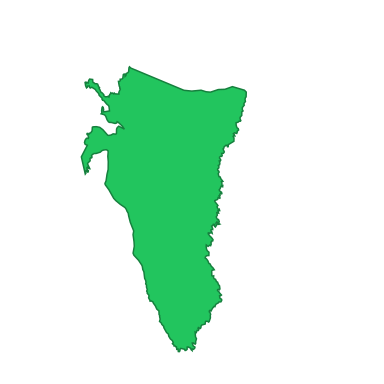 Bomet East, Rift Valley, Kenya, rotated 336°
{"feature_id": "3690345B81361718006434", "entity_name": "Bomet East", "entity_type": "district", "adm_level": 2, "iso_a3": "KEN", "parent_name": "Kenya", "parent_adm1": "Rift Valley", "projection": "equal_earth", "projection_center": [35.412, -0.848], "detail": "fine", "context": "isolated", "style": "filled", "palette": "green", "viewbox_px": 384, "rotation_deg": 336, "n_neighbors": 0, "source": "geoboundaries", "source_scale": "gbopen_adm2", "svg_char_len": 5998}
<svg xmlns="http://www.w3.org/2000/svg" viewBox="0 0 384 384"><g transform="rotate(336 192 192)"><path d="M101.8,132.2L102.7,131.7L103.5,129.5L104.4,129.4L104.7,131.3L105.4,131.4L106.0,130.3L105.3,129.5L105.8,127.1L106.6,126.8L107.4,128.7L108.1,129.1L108.0,123.8L108.8,123.1L111.6,122.1L112.4,120.0L113.3,119.5L114.1,120.0L114.9,119.4L114.9,118.0L116.1,117.3L118.1,117.0L120.1,117.8L124.4,118.3L126.5,117.6L128.3,117.7L130.9,118.5L132.0,120.0L131.7,121.3L129.6,125.2L127.8,130.3L124.5,137.4L121.6,141.2L118.0,146.9L116.0,148.7L115.7,150.0L117.0,156.2L117.9,166.0L118.9,168.9L121.4,174.0L124.5,179.0L124.9,181.2L124.8,183.0L125.1,185.4L124.4,188.1L123.3,194.6L122.9,203.9L120.8,207.0L118.8,213.9L117.2,218.1L113.3,223.9L113.2,226.1L115.4,232.6L116.4,238.5L116.3,239.9L115.5,242.8L115.6,245.3L113.6,251.7L113.7,253.8L113.3,255.7L112.3,257.1L112.6,258.4L111.7,260.5L111.5,262.8L110.3,264.1L110.4,265.2L109.9,266.4L110.6,268.5L110.4,269.5L109.3,271.0L109.5,273.7L109.3,274.7L110.4,274.9L111.6,276.5L111.5,277.9L112.2,281.1L112.2,284.6L113.4,287.2L112.1,290.5L112.2,291.8L111.7,292.7L111.2,295.2L109.7,297.0L110.7,299.3L110.6,300.7L111.5,303.2L111.1,304.6L111.6,310.1L112.6,312.0L112.1,314.4L112.5,317.5L113.6,319.7L113.6,322.0L112.4,322.6L113.2,324.4L113.0,325.4L113.8,325.6L114.1,326.7L114.8,327.1L114.1,329.5L115.3,329.7L114.6,332.2L115.6,332.7L116.4,332.1L117.0,330.9L118.1,330.3L121.2,332.6L121.2,333.9L121.9,334.2L123.5,333.8L124.5,331.7L125.4,331.9L127.3,334.3L127.0,335.6L127.6,336.8L127.9,335.8L128.7,335.6L129.4,336.4L131.2,335.6L131.6,334.8L130.5,333.2L130.8,330.1L131.8,330.4L133.0,332.3L133.7,331.9L134.6,330.0L136.4,327.9L136.3,325.7L137.9,321.2L138.7,322.2L140.3,320.5L141.4,321.1L142.3,320.5L142.0,319.1L142.7,318.4L144.0,320.0L144.8,319.7L145.9,318.0L146.9,317.5L150.3,318.0L151.4,316.1L152.1,315.7L153.7,316.6L154.3,317.6L155.0,317.3L157.6,314.5L158.6,312.0L159.3,311.3L159.4,309.6L159.0,308.5L159.8,307.4L160.5,307.5L160.9,308.5L163.4,306.6L165.6,305.5L166.3,306.1L167.8,304.5L168.6,304.2L171.1,304.0L171.9,303.4L173.7,304.1L175.0,303.2L175.4,302.1L174.3,300.2L174.6,299.1L175.0,298.0L176.0,298.4L177.0,298.1L176.2,295.8L176.0,294.0L175.2,292.4L175.7,291.6L176.7,291.7L177.3,292.5L178.1,291.9L179.0,288.9L178.5,287.3L178.7,284.7L177.9,283.9L178.0,281.3L177.0,280.4L176.8,279.2L177.7,277.4L176.8,277.3L176.1,276.5L177.9,272.1L178.6,271.7L180.7,272.1L180.3,269.8L179.4,267.6L179.2,264.9L178.4,264.2L178.5,261.3L178.0,258.9L177.2,257.8L177.5,257.0L179.3,256.1L181.6,256.9L183.0,253.9L182.1,252.0L182.0,250.2L182.8,247.4L183.5,246.2L184.5,248.2L186.6,247.8L187.2,248.6L188.3,247.5L188.9,245.5L189.6,245.5L190.1,244.8L191.1,245.1L191.8,244.1L191.2,241.1L190.7,240.5L189.8,236.8L190.2,236.0L190.9,236.1L191.4,236.9L193.0,236.9L193.6,237.9L193.9,236.6L193.5,235.4L194.0,234.3L194.7,234.2L195.6,234.8L196.0,234.1L196.0,231.1L197.3,231.2L198.2,230.2L199.1,230.6L198.7,232.7L199.1,233.5L201.4,232.0L201.0,231.3L201.2,230.2L202.6,229.4L202.9,230.5L202.4,231.8L203.3,232.5L204.3,232.6L203.6,231.6L204.9,230.0L205.0,227.9L204.2,227.7L203.9,225.6L204.1,224.5L205.7,223.5L206.3,221.0L207.7,222.1L208.0,219.8L209.7,220.3L209.9,218.7L209.0,218.8L208.8,216.8L209.0,215.5L210.2,214.9L209.0,210.0L209.3,209.1L212.3,209.2L213.7,207.7L214.3,208.6L214.9,209.0L215.4,208.1L215.2,206.5L216.2,206.6L216.4,205.4L217.2,205.1L217.9,205.5L218.1,204.6L218.7,205.2L218.9,204.3L217.6,202.0L217.8,201.0L218.8,200.6L220.8,198.6L222.1,199.7L222.8,198.5L222.0,198.2L223.0,195.8L223.1,194.5L224.5,194.8L223.7,191.4L223.9,189.8L222.9,188.9L223.4,185.9L224.9,184.8L224.9,183.6L224.4,183.0L224.5,182.0L224.9,181.3L226.3,180.9L226.9,179.8L226.9,178.4L228.2,178.4L229.0,177.4L229.2,176.3L229.9,175.7L229.5,174.8L231.0,174.8L231.4,173.8L230.9,172.4L231.3,171.4L232.8,171.0L233.6,171.6L234.4,171.0L234.8,168.8L236.4,169.4L237.2,169.0L237.8,168.5L237.9,165.3L238.9,164.9L239.6,163.9L241.9,163.1L242.8,163.5L242.8,165.1L243.5,165.3L244.4,163.5L250.9,162.7L252.3,159.8L252.2,157.9L252.9,157.5L253.9,158.2L254.0,157.0L253.5,155.6L254.8,155.2L256.7,156.7L257.6,155.8L258.0,154.9L259.8,154.3L260.0,152.8L259.3,151.8L259.3,150.3L259.7,148.4L260.5,146.6L262.3,147.0L263.9,146.5L264.9,147.0L265.6,146.7L265.7,144.7L266.0,143.8L266.6,143.2L268.6,142.3L270.1,139.0L271.6,138.7L271.5,137.0L272.4,135.3L275.1,133.9L275.1,132.7L275.8,132.0L277.6,131.1L278.1,129.0L279.0,127.7L280.1,127.1L282.2,122.8L281.3,120.3L271.8,112.2L263.9,111.6L257.7,109.1L249.5,108.3L245.7,106.2L241.7,102.7L232.8,99.7L226.0,95.8L186.6,54.0L185.8,52.2L185.0,52.8L183.1,56.2L182.1,56.9L180.0,57.0L179.5,58.2L178.7,58.9L177.9,59.2L178.6,57.2L178.0,56.6L177.0,56.8L175.0,60.0L173.9,60.3L172.2,59.8L171.9,61.0L170.9,61.4L169.8,61.0L168.6,65.7L168.7,66.8L168.2,67.9L168.4,68.8L165.8,71.1L165.0,72.8L161.5,71.0L161.2,70.0L160.2,70.4L159.7,69.3L158.8,69.3L158.2,68.3L157.4,69.2L156.6,69.4L154.7,71.4L154.4,70.4L153.4,70.5L151.6,69.8L150.5,68.1L151.0,67.2L150.3,65.1L149.3,63.4L149.5,60.9L149.2,59.8L150.0,59.0L149.5,57.8L149.7,55.2L149.1,54.4L147.3,53.5L146.9,52.4L146.2,51.7L146.3,50.7L147.0,48.8L144.4,47.2L143.1,48.0L141.5,50.2L140.9,49.4L139.8,49.7L139.8,48.4L138.9,48.4L138.0,51.7L138.0,54.0L139.1,53.7L139.7,52.8L141.3,53.4L141.0,54.4L141.3,55.6L143.1,55.6L145.4,59.0L145.6,60.6L146.8,64.1L146.5,66.0L148.0,69.7L147.5,70.7L147.7,71.9L148.6,72.4L149.8,76.9L150.9,79.1L150.9,80.3L149.6,84.4L144.0,82.9L144.0,81.9L144.7,81.0L145.3,78.7L145.0,77.8L144.3,78.1L142.4,81.1L141.9,83.0L140.8,83.6L143.5,85.9L144.0,87.7L143.8,91.5L144.2,93.8L144.8,94.8L146.5,95.6L149.6,98.1L151.3,98.3L152.2,97.3L153.0,98.4L155.1,103.4L155.8,107.1L151.9,102.1L150.0,102.7L148.7,103.8L146.7,107.9L145.8,108.1L143.6,106.8L141.1,107.0L139.1,106.5L138.1,105.9L135.9,98.8L134.0,95.4L131.2,93.4L128.0,92.2L127.3,92.3L125.6,95.5L123.6,96.7L122.6,96.6L121.8,97.2L121.0,97.0L120.8,96.1L119.9,95.9L119.5,96.8L120.1,97.5L119.7,100.2L119.0,100.9L118.1,100.1L117.2,100.1L115.4,101.2L113.9,103.1L113.8,105.1L115.4,106.7L105.2,114.9L101.8,132.2Z" fill="#22c55e" stroke="#15803d" stroke-width="1.5"/></g></svg>